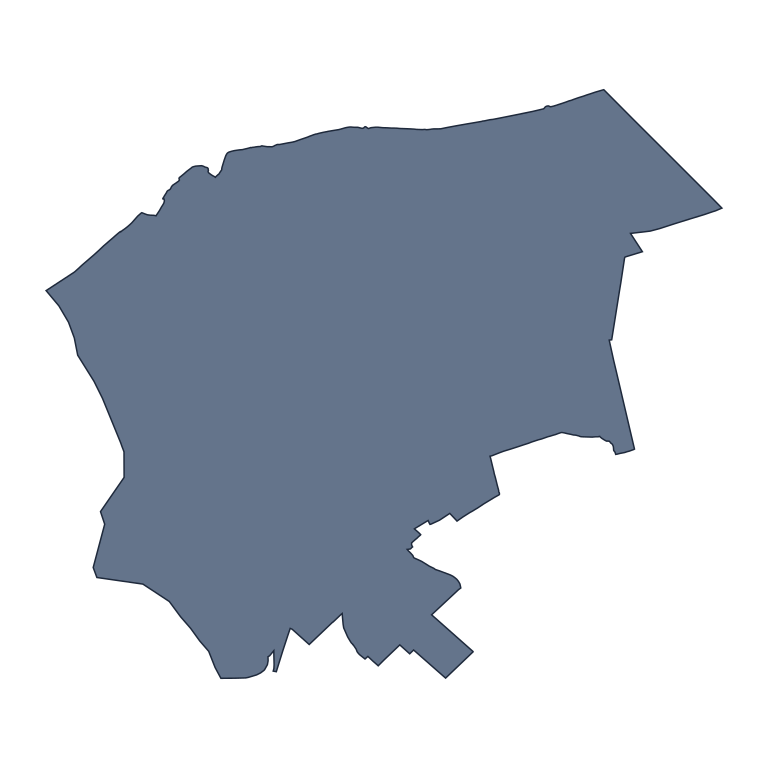 outline of Draganesti-Olt, Olt, Romania
{"feature_id": "2599482B52429496402051", "entity_name": "Draganesti-Olt", "entity_type": "district", "adm_level": 2, "iso_a3": "ROU", "parent_name": "Romania", "parent_adm1": "Olt", "projection": "natural_earth1", "projection_center": [24.539, 44.174], "detail": "fine", "context": "isolated", "style": "filled", "palette": "slate", "viewbox_px": 768, "rotation_deg": 0, "n_neighbors": 0, "source": "geoboundaries", "source_scale": "gbopen_adm2", "svg_char_len": 6098}
<svg xmlns="http://www.w3.org/2000/svg" viewBox="0 0 768 768"><path d="M263.8,670.5L264.6,669.7L267.4,664.7L268.1,660.8L268.0,656.7L269.6,655.8L273.8,650.7L273.9,656.4L274.1,664.7L273.9,668.5L273.2,671.1L276.3,671.7L282.8,650.8L287.6,636.1L290.2,628.4L292.1,629.2L309.2,644.5L332.6,622.2L333.0,622.1L341.3,614.2L342.2,613.5L342.5,617.6L342.9,621.8L343.1,624.2L343.7,627.9L345.5,632.0L347.3,636.1L348.0,637.5L348.6,638.5L350.4,641.5L351.4,643.0L352.9,644.4L352.8,644.6L353.6,645.4L354.7,647.0L356.1,649.1L356.4,649.8L357.1,651.7L358.3,653.3L359.5,654.6L365.0,659.0L367.9,656.4L373.1,661.3L377.7,665.3L378.2,665.8L384.2,659.8L399.8,644.9L409.7,653.8L413.6,650.0L445.6,678.1L473.1,651.8L472.9,651.4L431.6,614.8L458.6,589.6L460.8,588.0L460.4,586.0L459.9,583.9L458.4,581.3L456.8,579.3L454.8,577.6L453.0,576.3L450.5,575.0L439.6,570.9L435.4,569.5L433.8,568.3L429.4,566.2L421.7,561.4L418.1,559.7L414.2,558.0L413.8,557.6L413.4,557.0L413.1,556.1L412.8,555.5L410.5,552.9L408.3,550.8L407.2,549.4L408.3,549.3L410.5,548.9L410.8,548.6L411.8,547.5L412.6,546.9L411.8,545.4L411.6,544.9L411.6,542.9L413.1,541.5L413.7,541.0L415.4,539.5L416.9,538.3L418.6,536.6L420.2,535.3L420.7,534.7L419.8,533.7L418.1,532.1L414.4,528.9L415.2,528.3L428.1,520.5L429.3,523.2L430.0,524.4L431.1,524.1L439.5,520.2L449.8,513.4L451.7,515.4L456.1,520.1L457.0,521.1L462.7,517.1L470.1,512.4L472.0,511.4L472.7,510.9L473.4,510.6L474.4,509.9L477.6,508.0L483.4,504.1L494.1,497.6L499.1,494.8L499.5,494.1L499.3,492.8L499.1,492.4L498.8,492.0L498.7,491.7L498.7,490.9L498.6,490.2L497.2,485.0L496.4,481.7L495.3,477.3L494.2,473.5L493.9,471.8L492.3,465.3L490.6,458.2L490.0,456.2L491.8,455.8L499.9,452.6L503.7,451.2L510.9,449.0L518.0,446.7L523.4,444.9L528.7,443.2L531.4,442.1L538.4,439.8L541.5,439.0L548.0,436.7L550.0,436.2L553.5,435.1L555.4,434.6L558.3,433.5L561.0,432.6L561.9,432.5L564.3,432.9L567.1,433.6L570.7,434.3L573.5,435.0L575.3,435.1L576.4,435.3L577.3,435.6L578.4,435.8L580.1,436.5L581.0,436.7L582.5,436.8L592.2,437.1L595.5,436.8L598.3,436.8L598.9,436.5L599.7,436.4L599.8,436.7L601.9,438.4L604.1,439.8L605.5,440.6L606.5,441.1L608.1,441.1L609.4,441.3L609.9,441.9L610.8,443.1L611.5,443.5L612.2,444.2L612.7,444.9L613.3,446.5L613.4,447.2L613.5,448.0L613.6,449.6L613.7,450.4L614.2,451.2L614.6,451.6L615.1,452.4L615.6,454.1L615.7,454.4L617.4,454.1L620.1,453.4L624.8,452.5L627.1,451.7L629.1,451.2L633.8,449.5L634.5,449.1L629.3,427.0L616.3,371.5L613.7,360.6L609.2,340.1L611.7,339.8L619.4,291.4L620.8,282.9L624.6,257.8L625.1,257.0L642.4,251.7L630.5,233.4L642.8,232.0L650.2,231.1L659.6,228.6L674.4,223.8L690.1,218.9L704.2,214.6L712.7,211.7L715.6,210.8L721.9,208.1L713.1,199.1L666.5,152.5L632.6,118.7L603.8,89.7L603.0,89.9L595.4,92.1L589.8,94.0L587.2,94.8L583.3,96.2L578.4,97.7L573.3,99.5L571.3,100.3L569.0,100.9L566.1,102.0L562.3,103.3L553.6,106.1L551.5,106.6L550.8,106.7L550.2,106.7L549.5,106.4L549.0,106.1L548.6,106.0L548.2,105.9L547.0,106.1L546.3,106.3L545.6,106.7L545.0,107.2L544.0,108.5L543.3,108.9L542.0,109.2L538.7,110.0L532.3,111.5L499.1,118.2L492.9,119.4L490.0,119.7L484.3,120.9L483.2,121.0L482.5,121.1L481.7,121.4L479.4,121.8L471.8,123.1L467.6,123.8L456.8,125.7L447.1,127.5L440.7,128.8L437.5,128.9L435.7,128.9L433.7,128.9L431.6,129.1L430.6,129.3L428.1,129.6L426.3,129.7L424.9,129.4L423.6,129.5L422.2,129.6L416.5,129.4L414.0,129.1L410.5,128.9L406.1,128.7L400.2,128.5L398.9,128.4L397.1,128.2L394.3,128.1L391.8,128.1L388.4,127.9L386.8,127.8L382.9,127.7L377.8,127.2L376.4,127.2L375.7,127.2L371.6,127.6L370.5,127.8L368.7,128.5L368.3,128.5L367.9,128.3L367.0,127.7L366.4,127.2L365.8,126.8L365.2,126.7L364.7,126.9L363.6,128.0L363.2,128.1L362.6,128.3L361.8,128.3L360.6,128.0L358.3,127.4L357.7,127.3L356.8,127.3L354.5,127.3L352.9,127.2L350.9,127.0L350.2,127.0L349.1,127.1L347.1,127.4L345.2,127.8L340.7,129.1L338.8,129.6L332.0,130.7L329.1,131.2L327.8,131.4L327.2,131.6L326.0,131.8L322.9,132.4L319.0,133.3L316.6,134.0L316.0,134.0L314.4,134.5L313.4,134.8L312.2,135.3L309.4,136.3L308.3,136.8L306.7,137.4L300.5,139.5L296.6,140.9L295.0,141.5L292.1,142.2L287.9,142.9L279.6,144.5L277.3,144.5L276.4,144.8L275.7,145.2L274.6,145.6L273.7,146.2L272.9,146.5L272.0,146.8L269.7,146.7L267.3,146.7L265.9,146.5L263.2,146.1L262.2,145.9L261.6,145.9L261.1,146.1L260.7,146.3L260.4,146.5L257.9,146.6L255.6,146.9L254.2,147.2L252.0,147.4L251.2,147.7L250.5,147.5L249.8,147.8L247.1,148.5L244.1,149.2L242.6,149.6L239.2,149.9L234.4,150.6L232.7,151.0L231.5,151.3L228.9,152.1L227.9,152.7L227.2,153.3L226.5,154.3L225.7,155.9L224.2,160.1L222.1,167.0L221.8,168.3L221.7,169.8L220.1,172.1L218.7,174.3L218.2,174.5L215.9,176.6L215.4,177.3L214.1,176.4L212.7,175.7L211.0,174.6L209.7,173.6L208.8,172.9L208.4,172.4L208.1,171.7L208.1,171.2L208.4,170.6L208.4,170.2L208.2,169.8L208.2,169.5L208.2,168.9L208.1,168.5L207.8,168.1L207.3,167.7L206.8,167.5L206.2,167.4L204.6,166.9L203.8,166.4L202.7,166.0L201.6,165.7L197.1,166.0L195.8,166.1L194.5,166.4L193.0,166.8L192.1,167.2L191.2,168.0L186.7,171.4L183.9,173.9L180.5,176.7L179.4,177.5L179.1,178.1L179.0,178.8L179.3,179.5L179.4,180.2L178.4,181.3L172.6,185.3L171.5,186.7L170.8,188.2L170.2,189.2L169.3,189.9L168.5,190.2L167.6,190.8L167.1,191.3L166.2,193.1L165.4,194.3L164.3,196.0L163.7,197.2L163.1,198.0L162.9,198.5L162.8,198.8L163.0,199.0L163.3,199.0L163.7,199.0L164.0,199.0L164.2,199.9L164.4,200.6L164.3,201.3L164.0,202.6L163.8,203.1L163.3,204.1L162.5,205.4L161.4,207.1L159.5,210.5L156.0,215.8L155.5,215.6L153.6,215.3L150.5,215.2L147.4,214.8L144.6,213.8L143.7,213.4L142.8,213.1L142.1,212.8L141.8,212.7L141.1,213.1L137.7,216.1L131.8,222.8L129.9,224.6L127.6,226.6L125.2,228.5L123.4,229.8L122.6,230.3L120.8,231.8L120.6,231.5L120.0,231.8L118.5,233.0L115.1,235.9L113.1,237.7L108.9,241.3L103.7,245.8L98.2,251.0L93.9,254.9L82.6,264.6L80.1,266.9L79.3,267.7L74.5,272.0L46.1,290.6L58.9,305.9L68.5,322.2L74.3,337.9L77.7,355.2L94.0,381.3L102.5,398.4L120.8,443.1L121.8,446.0L124.0,451.8L124.1,477.4L100.5,511.6L104.7,524.2L93.2,567.5L96.9,577.5L142.9,584.1L169.3,601.5L180.6,616.8L190.5,628.2L199.7,640.9L208.7,651.3L215.1,667.5L220.9,678.3L234.7,678.2L245.7,677.9L248.3,677.4L256.6,674.9L260.6,672.9L263.8,670.5Z" fill="#64748b" stroke="#1e293b" stroke-width="1.5"/></svg>